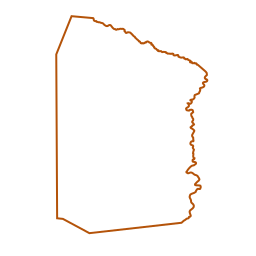 outline of Baganuur, Govĭ-Sümber, Mongolia, rotated 4°
{"feature_id": "93677404B2463849994891", "entity_name": "Baganuur", "entity_type": "district", "adm_level": 2, "iso_a3": "MNG", "parent_name": "Mongolia", "parent_adm1": "Govĭ-Sümber", "projection": "equal_earth", "projection_center": [108.426, 47.827], "detail": "fine", "context": "isolated", "style": "outline", "palette": "amber", "viewbox_px": 256, "rotation_deg": 4, "n_neighbors": 0, "source": "geoboundaries", "source_scale": "gbopen_adm2", "svg_char_len": 5738}
<svg xmlns="http://www.w3.org/2000/svg" viewBox="0 0 256 256"><g transform="rotate(4 128 128)"><path d="M150.7,47.1L149.9,46.9L149.3,46.7L148.9,46.3L148.8,45.9L148.4,45.8L148.2,45.0L147.4,44.5L147.2,44.0L147.1,43.7L146.7,43.4L146.3,43.4L145.9,43.3L145.5,43.1L145.5,42.7L145.7,42.2L145.5,41.9L145.1,41.5L144.7,41.5L144.2,41.5L143.3,41.2L143.0,40.9L142.5,40.6L141.7,40.3L141.4,40.3L141.0,40.4L140.9,40.5L140.6,40.7L140.2,40.8L140.2,41.2L139.9,41.5L139.3,41.6L138.7,41.7L138.5,41.8L138.4,42.2L138.2,42.3L137.8,42.3L137.5,42.5L137.2,42.6L136.8,42.6L136.3,42.3L135.8,42.4L135.6,42.6L135.1,42.5L134.8,42.4L134.5,42.0L133.9,41.1L133.3,40.7L133.1,40.8L132.9,40.8L132.7,40.4L132.3,40.1L131.7,39.5L131.0,39.1L129.6,37.9L128.7,37.2L128.4,36.5L127.7,36.2L127.2,35.9L126.8,35.5L126.4,35.2L126.1,34.7L125.5,34.4L125.2,33.9L124.6,33.6L124.4,33.3L124.1,33.1L123.8,32.8L123.3,32.6L122.0,32.5L121.2,32.5L120.6,32.8L120.4,33.0L120.1,33.1L119.7,33.3L119.2,33.2L118.9,32.9L118.7,32.4L117.8,31.7L117.8,31.1L117.9,30.9L117.9,30.6L117.0,29.9L116.4,29.5L115.8,29.4L115.0,29.6L113.9,29.5L112.8,29.7L112.1,30.1L111.6,30.2L110.9,30.0L110.6,30.1L109.9,30.7L109.3,30.8L108.9,30.7L108.5,30.3L107.4,30.3L106.6,29.8L105.7,29.1L104.2,27.4L103.5,26.7L102.8,26.5L102.3,26.6L101.4,27.0L100.6,27.7L99.8,27.8L99.2,27.8L97.4,26.9L96.1,25.7L95.4,25.2L93.4,24.9L92.4,24.5L91.2,24.6L90.3,24.3L89.5,24.3L89.0,24.0L89.1,23.8L88.9,23.6L88.0,23.7L87.3,23.5L86.9,23.4L86.4,22.8L86.2,22.2L86.2,21.8L86.0,21.4L85.8,21.0L85.5,20.8L63.9,20.4L51.3,59.6L63.6,223.0L69.4,223.2L96.8,235.6L188.0,218.8L190.1,216.6L191.2,215.9L192.1,215.1L192.8,214.4L193.4,214.2L194.1,214.0L194.6,213.8L194.9,213.3L195.0,212.6L195.4,212.3L196.0,212.2L196.5,211.7L196.7,211.3L196.6,210.7L196.0,209.4L195.5,208.2L195.3,207.2L195.4,206.6L195.9,205.7L196.7,205.0L197.2,204.5L198.1,203.7L199.0,202.3L199.1,201.1L198.9,200.4L198.2,199.4L196.8,198.3L196.4,197.9L196.1,197.3L195.9,195.8L195.4,194.7L194.6,193.4L194.3,192.6L194.3,192.0L194.6,190.6L195.0,189.9L196.1,189.2L198.7,188.0L200.0,187.0L200.3,185.8L201.2,184.3L202.0,183.8L203.4,183.9L204.0,183.8L204.3,183.5L204.7,181.8L204.2,180.5L203.0,180.3L200.1,180.4L199.4,180.3L198.9,180.1L198.8,179.8L198.8,179.4L199.5,178.5L200.2,177.6L200.9,176.8L201.5,176.2L202.0,175.8L202.7,174.7L202.8,174.2L202.4,173.3L201.5,172.1L200.6,170.9L199.3,170.3L198.2,170.1L197.3,169.7L195.6,168.5L194.7,168.1L193.9,168.0L193.2,168.1L191.7,168.8L191.0,169.0L190.1,168.6L189.5,168.3L189.3,167.8L189.5,167.4L189.9,167.0L190.5,165.7L191.6,164.1L192.5,163.0L193.4,162.0L194.4,161.2L195.3,160.9L196.3,160.6L198.1,159.1L198.3,158.7L198.3,158.1L197.8,157.5L197.1,157.3L195.9,157.2L195.0,157.0L194.8,156.7L194.7,155.9L194.8,155.2L195.1,155.0L195.8,154.7L196.2,154.4L196.4,153.9L196.4,153.5L195.9,153.4L195.5,153.1L195.0,151.7L195.0,150.5L195.1,149.3L194.6,148.7L194.8,147.1L195.0,146.1L195.3,145.1L194.3,143.7L194.0,143.2L194.2,142.3L194.3,141.5L193.9,140.9L192.8,140.6L192.0,140.3L191.6,139.9L191.4,139.5L191.3,138.8L191.6,137.8L192.0,137.2L192.5,136.9L193.1,136.7L193.9,136.6L194.1,136.6L194.2,136.4L194.2,136.0L193.8,134.4L193.8,133.5L193.6,132.9L192.9,132.2L192.5,131.4L192.5,130.4L193.7,127.8L194.2,126.8L194.3,126.3L194.3,126.0L193.7,125.3L193.0,124.8L192.0,124.2L191.0,123.8L190.6,123.4L190.4,122.9L190.8,122.5L191.9,121.6L191.9,121.3L192.0,121.1L193.5,120.1L193.6,119.9L193.1,119.1L191.8,117.9L191.6,117.5L191.6,117.2L191.9,116.5L192.4,115.9L192.5,115.1L192.4,114.4L191.6,113.5L191.3,112.6L190.7,112.0L190.4,111.4L190.2,110.7L190.1,110.1L190.1,109.4L190.5,108.9L191.2,108.4L191.9,107.6L191.7,106.9L191.3,105.8L190.8,105.5L190.0,105.3L188.5,105.6L188.2,105.8L188.0,106.2L187.6,106.4L186.3,106.3L185.5,106.2L185.0,105.8L184.8,105.3L184.6,104.6L185.0,103.9L185.9,103.3L186.7,102.7L187.2,101.9L187.2,101.3L186.9,100.3L186.0,99.3L185.9,99.2L186.1,99.1L186.4,99.0L186.9,99.1L187.5,99.4L188.3,99.5L188.7,99.4L189.4,98.7L189.8,97.9L189.8,97.0L189.6,96.5L189.0,96.3L188.5,96.2L188.3,96.0L188.3,95.8L188.5,95.6L188.9,95.4L189.6,95.2L190.6,95.1L191.4,94.5L191.9,93.8L192.3,93.1L192.1,92.0L192.1,91.2L192.2,90.7L192.4,90.4L194.5,89.4L196.3,88.5L196.5,88.1L196.5,87.9L196.6,87.3L196.8,87.0L197.1,86.6L197.2,85.8L197.4,85.2L197.4,84.6L197.1,83.9L197.0,83.5L197.2,83.3L197.8,82.9L198.3,82.8L199.6,82.3L200.7,81.6L201.1,81.0L201.2,80.2L201.0,79.7L199.8,78.5L199.6,78.0L199.7,77.6L200.0,77.2L200.9,76.8L201.9,76.6L202.8,76.3L203.5,75.8L203.7,75.4L203.8,74.8L203.2,74.1L202.7,73.9L202.1,73.8L201.6,73.4L201.2,72.9L201.1,72.2L201.3,71.6L202.1,70.6L202.8,69.9L203.0,69.6L202.9,68.7L202.6,67.5L201.8,66.6L201.0,65.9L193.4,60.2L193.1,60.1L192.7,60.0L192.4,59.9L192.2,59.9L192.0,59.6L191.9,59.4L191.9,59.0L191.6,58.8L191.3,58.8L190.4,58.9L190.2,58.6L189.9,58.4L188.7,58.8L188.2,58.9L187.5,58.8L187.3,58.5L187.3,58.0L187.1,57.9L186.9,57.9L186.5,57.6L186.3,57.6L186.2,57.7L186.0,58.1L185.8,58.2L185.4,58.1L185.3,57.8L185.7,57.2L185.8,56.9L185.7,56.7L184.9,56.3L183.6,56.0L183.1,55.7L182.8,55.4L182.7,55.1L182.4,55.0L182.2,55.0L181.5,55.3L181.1,55.4L180.7,55.4L180.4,55.0L180.2,54.9L179.9,55.0L179.4,54.9L179.2,54.7L179.0,54.0L178.8,53.8L178.3,53.7L177.9,53.8L177.2,53.9L176.2,54.1L175.5,54.0L175.0,53.9L174.7,53.7L174.0,53.6L173.7,53.4L173.3,53.2L173.2,52.9L173.3,52.5L173.0,52.0L172.7,51.7L172.2,51.7L171.5,51.9L170.5,52.2L170.0,52.3L169.0,52.4L168.4,52.1L168.1,51.7L168.1,51.3L168.0,50.9L167.3,50.7L166.7,50.7L166.3,50.9L165.7,51.1L164.9,50.9L164.1,51.0L163.4,50.9L162.8,51.0L162.3,51.0L162.0,50.7L161.7,50.6L161.4,50.6L161.0,50.5L160.9,50.0L160.6,49.8L160.0,49.6L157.9,49.6L157.3,49.8L156.8,49.9L156.3,49.6L155.9,49.2L155.5,49.0L154.5,49.2L154.1,49.2L153.6,49.2L153.1,49.2L152.7,49.1L152.5,48.7L152.6,48.3L152.3,48.2L151.8,48.3L151.2,47.8L150.7,47.1Z" fill="none" stroke="#b45309" stroke-width="2"/></g></svg>